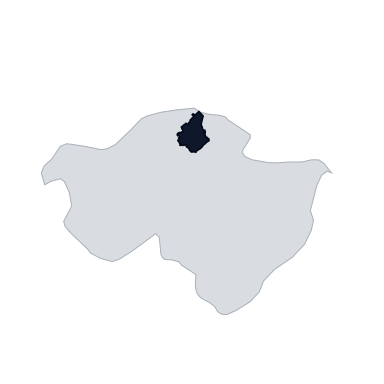 Nyabihu, Western, Rwanda (highlighted), rotated 49°
{"feature_id": "39286606B61881490568352", "entity_name": "Nyabihu", "entity_type": "district", "adm_level": 2, "iso_a3": "RWA", "parent_name": "Rwanda", "parent_adm1": "Western", "projection": "robinson", "projection_center": [29.504, -1.642], "detail": "fine", "context": "in_parent", "style": "filled", "palette": "ink", "viewbox_px": 384, "rotation_deg": 49, "n_neighbors": 0, "source": "geoboundaries", "source_scale": "gbopen_adm2", "svg_char_len": 5636}
<svg xmlns="http://www.w3.org/2000/svg" viewBox="0 0 384 384"><g transform="rotate(49 192 192)"><path d="M157.2,117.6L161.2,117.5L187.0,110.5L189.6,112.7L193.7,126.3L195.9,128.3L199.6,128.8L206.8,125.7L220.1,115.0L225.9,108.6L232.7,99.5L241.5,89.3L246.3,80.4L251.1,75.1L257.3,73.6L264.2,74.0L269.0,74.1L265.1,76.3L264.3,82.8L268.8,93.3L283.7,114.9L293.1,118.9L299.3,127.3L305.3,141.4L307.1,159.1L304.6,180.4L306.1,196.3L311.5,206.7L312.9,220.2L310.3,236.7L307.2,246.6L303.5,249.9L299.3,251.1L293.5,250.0L286.6,251.4L279.0,254.5L274.2,255.0L271.3,254.4L265.7,251.7L256.8,243.2L240.4,247.9L235.9,247.8L229.9,251.9L225.0,256.9L222.0,257.2L218.9,256.5L204.7,246.4L199.6,246.8L197.4,275.2L195.0,290.9L192.1,297.9L182.0,304.7L171.7,308.5L166.2,308.3L143.7,310.4L134.9,310.4L130.0,308.1L123.7,292.0L111.8,284.9L100.4,281.5L95.7,282.5L91.6,290.9L89.9,298.4L78.8,293.3L75.4,286.9L75.1,276.1L71.1,261.3L73.3,255.0L77.7,251.0L86.9,243.2L100.9,232.4L103.9,227.2L105.9,218.6L105.0,198.6L103.6,181.7L105.3,175.7L111.7,162.7L120.2,149.4L130.2,135.2L136.3,133.9L144.2,128.5L152.5,120.6L157.2,117.6Z" fill="#d9dde1" stroke="#a8b0b8" stroke-width="1"/><path d="M140.2,165.2L140.9,164.8L141.1,164.8L141.4,164.9L141.5,165.0L141.7,164.9L142.0,164.9L142.3,164.8L142.4,165.0L142.8,165.3L142.6,165.6L142.4,166.0L142.3,166.4L142.5,166.4L142.8,166.3L143.0,166.5L143.2,166.9L143.3,166.9L143.5,167.1L143.5,167.4L143.5,167.6L143.6,168.1L143.5,168.5L144.0,169.0L144.3,169.1L144.5,169.1L144.8,169.0L145.0,169.1L145.3,169.0L145.5,169.1L145.9,169.0L146.1,169.0L146.3,169.1L146.6,169.1L146.8,169.2L146.8,169.3L147.1,169.5L147.4,169.7L147.6,169.6L148.0,169.6L148.3,169.6L148.5,169.9L148.5,170.0L148.9,170.4L149.1,170.2L149.4,170.1L149.5,169.8L149.6,169.7L149.8,169.2L150.0,169.1L150.3,168.9L150.3,168.5L150.6,168.1L150.6,167.9L150.8,167.7L150.9,167.3L150.9,166.9L151.1,166.9L151.4,167.1L151.4,166.9L151.5,166.9L151.6,167.0L151.7,166.9L151.8,166.7L151.9,166.3L152.0,166.2L152.4,165.9L152.5,165.9L152.5,165.7L152.8,165.5L153.2,165.9L153.6,166.4L154.0,166.4L154.3,166.4L154.5,166.5L155.0,166.4L155.6,166.3L155.8,166.1L156.3,165.9L156.5,165.6L156.8,165.6L157.0,165.6L157.3,165.6L157.6,165.9L157.6,166.0L158.2,166.1L158.5,166.4L158.8,166.4L159.3,166.5L159.6,166.3L159.8,166.3L160.0,166.4L160.6,166.3L160.8,166.4L161.0,166.4L161.1,166.2L161.3,165.8L161.6,165.9L161.9,165.9L162.0,165.7L162.1,165.3L162.1,165.1L162.0,164.7L162.4,164.6L162.6,164.4L162.8,164.4L162.9,164.2L163.1,164.1L163.2,163.8L163.3,163.7L163.6,163.6L163.8,163.4L163.9,163.5L164.0,163.4L164.1,163.2L164.4,163.1L164.6,163.0L164.5,162.7L164.3,162.6L164.2,162.5L164.3,162.4L164.2,162.1L164.2,161.8L164.2,161.5L164.1,161.3L164.1,161.0L164.1,160.9L164.2,160.7L164.2,160.3L164.1,160.1L163.9,159.9L163.9,159.6L164.0,159.5L164.1,159.3L164.4,159.3L164.4,158.9L164.5,158.7L164.5,158.3L164.6,158.0L164.7,157.7L164.7,157.4L164.7,157.2L164.8,156.8L164.8,156.7L164.7,156.6L164.6,156.1L164.7,155.9L164.7,155.7L164.6,155.1L164.6,154.6L164.6,154.3L164.5,154.1L164.5,153.9L164.3,153.7L164.1,153.7L164.1,153.4L164.1,153.2L164.0,152.9L164.0,152.5L164.1,152.3L164.1,152.1L164.1,151.8L164.0,151.7L164.1,151.3L164.3,150.8L164.2,150.7L164.1,150.4L164.1,149.6L164.0,149.3L164.0,149.0L164.1,148.9L164.0,148.7L164.0,148.3L164.2,148.0L164.1,147.8L164.0,147.7L164.3,146.9L164.3,146.5L164.3,146.2L164.5,145.4L163.9,145.1L163.5,145.2L163.3,145.0L163.1,144.5L162.9,144.4L162.7,144.4L162.6,144.6L162.2,144.8L161.6,144.8L161.5,145.0L161.0,144.7L160.9,144.8L160.7,144.8L160.4,145.0L160.2,145.2L160.1,145.3L159.8,145.3L159.5,145.5L159.3,145.3L159.0,145.3L158.9,145.2L158.3,145.3L158.3,145.1L158.1,145.0L158.2,144.9L157.8,144.8L157.6,144.6L157.1,144.6L156.9,144.5L156.8,144.3L156.5,144.3L156.4,144.2L156.3,143.8L156.2,143.7L156.2,143.4L155.1,142.3L154.8,142.6L154.8,142.8L154.7,142.7L154.8,143.1L154.6,143.2L154.4,143.2L154.2,142.9L154.0,142.2L153.8,142.1L153.5,142.6L153.1,142.6L152.9,142.5L152.7,142.7L152.7,142.8L152.6,143.0L152.3,142.8L152.3,142.6L152.2,142.5L151.6,142.7L151.4,142.6L151.2,142.5L150.5,142.2L150.3,142.0L149.0,141.3L148.9,141.5L148.5,141.5L148.2,141.5L147.9,141.5L147.7,141.3L147.6,141.2L146.8,140.4L146.1,139.5L143.8,136.3L142.0,133.7L135.7,133.9L135.9,139.5L134.2,139.6L134.2,140.0L133.7,140.1L133.8,141.3L134.6,141.3L134.6,140.9L135.4,140.9L135.5,141.0L135.5,140.9L135.8,141.1L135.9,141.3L135.9,141.6L136.8,142.3L136.3,143.1L136.2,143.4L136.2,143.6L136.4,144.0L136.4,144.4L136.4,144.9L136.4,145.0L136.4,145.3L136.5,145.7L136.5,146.2L136.5,146.3L136.7,146.5L137.9,147.4L137.6,147.7L137.7,148.1L137.8,148.3L138.0,148.4L138.0,148.5L138.1,148.8L137.5,149.0L137.6,149.4L138.3,150.4L137.4,151.1L136.1,151.6L136.3,152.3L136.2,152.4L136.3,152.6L136.2,153.2L136.2,153.3L136.3,153.7L136.2,153.9L136.1,154.4L135.9,154.5L136.1,154.9L136.1,155.2L136.2,155.3L136.0,155.6L136.1,156.0L136.1,156.3L136.0,156.9L135.9,157.0L135.9,157.3L136.0,157.5L136.4,157.4L136.6,157.3L136.8,157.4L137.0,157.4L137.2,157.5L137.2,157.9L137.4,158.1L137.5,158.1L137.8,158.3L138.1,158.1L138.3,158.1L138.6,158.2L138.8,158.3L138.9,158.2L139.1,158.4L139.5,158.3L139.8,158.3L139.9,158.5L140.1,158.7L140.2,158.8L140.5,159.0L140.3,159.2L140.3,159.4L140.3,159.5L140.2,159.7L140.1,159.9L140.0,160.0L140.0,160.4L139.9,160.5L140.0,161.0L140.3,161.4L140.2,161.6L140.2,162.0L139.6,162.2L139.2,162.0L138.8,162.3L138.7,162.5L138.6,163.0L138.7,163.3L138.8,163.5L138.6,163.5L138.4,164.0L138.6,164.2L138.5,164.3L138.4,164.4L138.5,164.8L138.6,164.7L138.7,164.8L138.9,165.0L138.9,164.8L139.0,164.9L139.1,165.1L139.3,165.2L139.5,165.1L139.8,165.1L139.8,165.3L139.9,165.2L140.0,165.3L140.0,165.2L140.1,165.3L140.2,165.2Z" fill="#0f172a" stroke="#020617" stroke-width="1.5"/></g></svg>